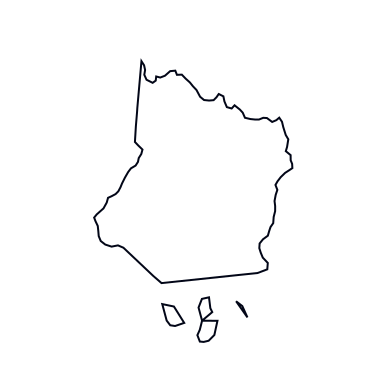 Arauá, Sergipe, Brazil, rotated 312°
{"feature_id": "56859067B83486111429480", "entity_name": "Arauá", "entity_type": "district", "adm_level": 2, "iso_a3": "BRA", "parent_name": "Brazil", "parent_adm1": "Sergipe", "projection": "albers", "projection_center": [-37.59, -11.261], "detail": "fine", "context": "isolated", "style": "outline", "palette": "ink", "viewbox_px": 384, "rotation_deg": 312, "n_neighbors": 0, "source": "geoboundaries", "source_scale": "gbopen_adm2", "svg_char_len": 1783}
<svg xmlns="http://www.w3.org/2000/svg" viewBox="0 0 384 384"><g transform="rotate(312 192 192)"><path d="M285.4,240.6L285.1,234.4L289.1,232.5L295.6,228.3L297.1,223.5L301.3,216.4L304.4,211.9L305.6,207.1L301.8,206.6L297.7,204.7L297.1,198.2L294.8,195.3L290.7,193.3L288.0,190.3L285.3,186.6L282.6,181.7L284.9,176.6L285.3,172.4L284.9,165.6L280.6,165.6L278.4,161.1L281.0,155.5L284.1,151.3L282.7,146.3L278.8,146.8L274.7,146.6L271.4,143.5L268.4,139.4L268.2,134.3L270.8,127.1L271.2,122.0L272.0,117.1L272.0,111.5L272.4,105.9L269.0,102.4L271.0,98.4L267.2,94.9L260.3,94.1L255.8,91.8L253.9,88.1L250.5,90.5L246.8,89.7L245.0,83.1L247.2,78.1L251.3,75.5L254.1,71.6L255.4,66.9L217.9,95.1L215.0,97.4L203.3,106.3L191.0,116.1L190.6,121.0L190.4,126.8L186.3,128.9L181.6,129.7L178.2,131.7L173.9,132.4L168.7,130.8L164.1,131.2L157.6,132.6L151.5,134.3L147.6,135.7L143.2,136.8L139.3,136.6L134.9,135.0L131.5,133.5L127.1,135.7L120.6,137.2L111.6,136.2L107.5,136.4L105.7,139.9L103.7,144.7L100.1,148.7L96.8,152.2L94.5,157.0L94.9,162.7L97.6,168.8L102.8,172.7L104.7,178.3L103.7,219.8L103.9,230.3L162.1,282.7L175.6,294.9L184.9,299.7L190.0,295.8L190.6,288.5L192.9,283.7L195.3,279.6L199.0,276.7L204.4,276.4L210.3,277.6L214.6,275.5L218.5,273.8L223.2,273.2L228.1,269.4L233.4,266.6L237.2,263.2L240.5,259.4L245.9,256.1L250.7,254.0L253.1,249.3L257.2,248.4L262.4,248.0L268.5,248.4L273.3,249.7L276.9,250.6L279.9,247.6L281.6,244.1L285.4,240.6ZM103.1,285.6L98.8,287.9L94.8,290.0L89.2,291.8L86.1,297.9L88.4,301.0L92.6,303.9L100.7,304.3L113.3,297.1L103.1,285.6ZM89.5,273.8L94.8,255.2L88.8,244.9L79.5,259.2L78.4,265.0L81.1,269.1L89.5,273.8ZM103.1,285.6L116.3,287.4L117.9,283.4L125.1,275.1L119.2,270.9L110.5,274.2L103.1,285.6ZM135.9,317.1L140.9,305.7L140.3,297.9L135.9,317.1Z" fill="none" stroke="#020617" stroke-width="2"/></g></svg>